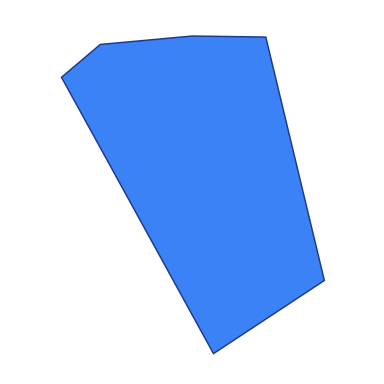 the border of Vacoas-Phoenix, rotated 94°
{"feature_id": "MUS-5196", "entity_name": "Vacoas-Phoenix", "entity_type": "City", "adm_level": 1, "iso_a3": "MUS", "parent_name": "Mauritius", "parent_adm1": "", "projection": "robinson", "projection_center": [57.481, -20.303], "detail": "fine", "context": "isolated", "style": "filled", "palette": "blue", "viewbox_px": 384, "rotation_deg": 94, "n_neighbors": 0, "source": "natural_earth", "source_scale": "10m", "svg_char_len": 260}
<svg xmlns="http://www.w3.org/2000/svg" viewBox="0 0 384 384"><g transform="rotate(94 192 192)"><path d="M86.7,330.2L51.2,293.8L36.4,202.8L32.3,129.2L271.0,53.8L351.7,159.3L142.1,294.4L86.7,330.2Z" fill="#3b82f6" stroke="#1e3a8a" stroke-width="1.5"/></g></svg>